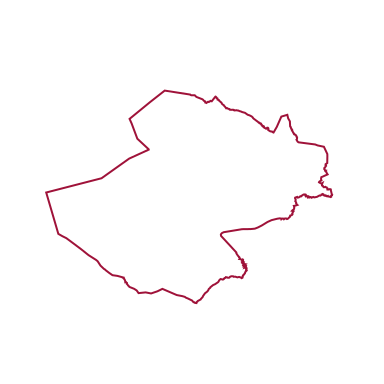 Nord-Odal nor, Hedmark, Norway (Robinson projection), rotated 337°
{"feature_id": "86288312B23847912636129", "entity_name": "Nord-Odal nor", "entity_type": "district", "adm_level": 2, "iso_a3": "NOR", "parent_name": "Norway", "parent_adm1": "Hedmark", "projection": "robinson", "projection_center": [11.686, 60.44], "detail": "fine", "context": "isolated", "style": "outline", "palette": "rose", "viewbox_px": 384, "rotation_deg": 337, "n_neighbors": 0, "source": "geoboundaries", "source_scale": "gbopen_adm2", "svg_char_len": 6036}
<svg xmlns="http://www.w3.org/2000/svg" viewBox="0 0 384 384"><g transform="rotate(337 192 192)"><path d="M317.7,250.9L318.1,250.8L318.0,250.5L318.3,250.5L318.5,249.9L319.2,249.5L319.6,249.6L319.7,249.3L319.9,249.2L319.8,248.9L320.0,247.7L320.0,247.1L320.2,246.6L320.4,244.8L320.7,244.4L320.5,243.9L320.6,243.6L319.7,243.1L318.3,243.0L317.6,242.6L318.1,241.6L317.8,241.1L317.8,240.6L317.4,240.4L316.9,239.4L315.3,239.2L314.8,238.2L314.9,237.9L314.7,237.2L314.2,236.8L314.6,235.7L315.6,234.7L314.7,234.8L313.9,234.3L312.7,232.7L313.1,232.3L313.7,232.1L315.7,231.9L315.8,230.5L316.8,228.9L323.7,228.8L323.4,227.0L323.5,226.1L323.0,225.2L322.9,224.8L323.5,224.5L322.9,224.1L322.9,222.8L322.7,222.4L323.4,221.8L323.4,221.5L324.4,221.1L325.3,220.5L325.3,220.1L325.7,220.1L325.8,219.5L325.5,219.5L325.5,219.3L325.7,219.2L325.9,218.6L327.8,218.2L330.6,211.9L331.4,209.9L331.1,201.9L325.8,198.2L324.0,196.4L310.0,188.2L309.5,187.9L308.9,186.9L308.6,184.7L309.2,184.4L309.7,183.6L309.8,182.8L310.1,182.6L309.8,181.7L310.0,181.4L309.7,179.9L309.2,179.4L308.8,179.2L308.6,178.8L308.9,178.6L308.9,178.4L308.4,177.4L308.5,177.1L308.3,176.5L308.3,174.9L308.0,174.5L308.5,174.0L308.4,173.2L308.0,172.6L308.2,172.2L308.1,171.6L308.3,170.9L308.1,170.7L308.0,169.9L309.7,165.2L309.3,161.7L309.9,158.2L303.7,157.5L295.5,165.2L290.3,169.1L290.1,168.9L290.3,168.8L289.7,168.5L289.3,167.6L287.8,166.8L286.4,164.8L286.7,164.3L286.6,164.0L286.6,163.6L286.8,163.5L286.7,163.3L287.1,163.0L287.0,162.6L286.4,162.2L285.8,162.4L285.6,162.7L285.6,162.9L285.2,162.8L284.7,162.5L284.6,162.1L283.7,161.2L283.1,159.9L283.8,159.8L283.8,159.6L282.9,158.6L282.5,158.4L282.6,157.9L282.5,157.5L282.2,157.3L282.3,156.9L281.9,156.3L282.2,156.0L282.1,155.7L281.1,155.1L281.1,154.5L280.5,154.2L280.5,153.9L277.6,148.9L277.1,147.9L277.1,147.2L276.4,145.7L274.9,143.9L273.4,142.6L271.7,139.8L269.4,138.0L268.4,136.9L267.2,136.0L266.6,135.2L265.3,134.5L265.1,134.2L262.9,133.5L262.4,133.0L262.5,132.7L261.9,132.3L259.8,131.5L258.8,130.9L258.7,130.6L259.0,130.5L258.8,130.2L258.2,129.8L257.0,128.7L256.6,128.5L256.8,128.3L256.0,127.7L255.7,126.3L255.3,125.5L255.2,124.5L254.4,123.4L254.0,122.3L254.1,121.8L253.9,120.9L253.5,120.5L253.4,120.0L252.6,118.4L252.7,118.0L251.7,117.0L251.9,116.7L252.0,115.9L251.5,115.5L251.6,115.2L251.3,114.8L251.4,114.3L251.0,113.4L250.7,113.4L245.6,116.2L244.6,115.3L243.9,115.6L243.3,115.7L243.0,115.5L242.5,115.7L241.8,115.2L240.0,115.7L239.8,115.5L239.7,115.0L239.2,114.7L239.5,114.2L239.5,113.7L238.5,112.6L238.3,111.6L237.8,110.7L233.2,106.2L232.3,104.0L229.2,102.7L228.5,102.0L228.4,101.6L206.5,88.0L188.4,92.9L163.1,100.3L163.2,105.4L162.5,121.6L168.8,135.7L168.7,136.1L147.2,136.7L114.1,144.0L57.6,135.5L52.6,178.3L55.4,182.0L58.3,185.4L67.5,201.2L72.1,209.7L77.2,217.1L78.1,218.9L79.0,224.0L80.9,228.4L81.5,229.1L82.0,230.3L84.2,234.2L86.3,237.5L90.6,240.1L95.4,243.9L95.0,244.1L95.3,244.5L95.3,244.9L95.7,245.4L95.6,246.2L95.9,247.1L95.3,249.1L96.1,249.3L96.1,249.5L96.6,250.3L96.4,250.8L96.1,251.1L96.5,252.1L96.6,253.1L96.9,253.5L97.3,254.9L100.9,258.5L102.6,261.0L103.3,264.2L110.1,266.3L114.7,269.4L121.4,269.9L126.9,269.6L137.7,280.9L142.3,284.0L144.4,285.7L145.1,286.9L146.6,288.4L149.7,292.0L150.3,294.0L150.9,294.5L151.2,294.5L151.5,295.0L151.5,295.3L152.7,296.0L153.5,295.1L154.2,295.0L154.6,294.6L158.0,294.3L158.4,293.9L160.7,292.9L161.5,292.1L164.4,290.3L166.8,289.7L168.3,289.0L169.6,287.8L171.3,287.3L171.6,286.9L175.1,285.9L177.1,285.9L180.7,285.2L181.5,284.8L182.4,284.0L183.8,283.4L184.4,283.3L186.2,284.7L187.2,284.6L187.4,284.2L188.0,284.2L188.6,283.9L189.3,284.1L189.9,283.6L191.2,284.5L191.4,284.9L192.6,285.4L193.2,285.3L193.8,284.9L195.2,284.9L196.9,285.6L197.2,286.3L198.7,286.8L200.4,288.3L202.2,288.6L202.8,289.2L203.4,289.6L204.0,290.7L205.0,290.6L205.3,290.2L205.2,289.9L205.4,289.7L206.7,288.8L206.6,288.6L207.9,288.1L208.5,287.6L208.9,287.6L209.6,286.6L211.5,285.7L211.1,285.1L211.3,284.8L212.3,284.2L212.3,283.5L212.0,283.3L212.5,282.8L212.4,282.6L212.1,282.7L212.0,282.3L212.1,282.1L211.9,282.1L212.1,281.9L211.9,281.8L211.8,281.4L211.4,281.5L211.6,281.3L211.4,281.2L211.8,281.0L211.5,280.9L211.8,280.8L211.4,280.8L211.6,280.7L211.4,280.5L211.8,280.5L211.6,280.3L212.0,279.9L211.7,279.6L212.2,279.5L211.5,279.2L212.0,279.0L211.9,278.6L211.2,278.8L211.4,278.4L211.6,278.4L211.3,278.2L211.4,277.9L210.8,277.9L210.7,277.7L211.6,277.2L211.1,276.8L211.7,276.6L211.3,276.3L211.6,276.2L211.9,276.4L212.0,276.3L211.8,275.9L212.1,275.6L212.1,275.3L211.3,275.3L211.2,275.2L212.4,274.6L212.5,274.4L212.2,274.1L212.2,273.8L211.4,273.8L210.7,273.3L210.4,272.7L209.6,272.3L210.1,272.0L210.2,271.8L210.0,271.3L210.1,270.7L209.8,270.4L209.9,270.0L209.3,268.4L209.2,267.5L209.0,266.8L208.9,265.5L209.2,265.0L201.6,243.8L201.9,242.5L202.6,241.9L203.6,241.5L205.5,241.4L223.6,245.8L231.4,249.0L235.5,250.3L238.7,250.4L243.1,250.1L249.8,249.1L254.3,249.0L260.0,249.9L262.4,250.5L263.7,251.3L263.6,252.0L264.7,251.7L265.9,252.3L266.0,253.0L267.2,252.7L268.4,253.2L268.8,254.0L269.6,254.1L272.6,253.0L273.0,252.2L273.3,252.0L274.7,252.3L275.7,251.9L275.8,251.0L276.3,250.8L276.8,250.1L277.6,249.6L277.2,249.4L277.3,248.8L276.7,248.4L277.3,248.1L278.5,247.9L279.4,247.4L280.1,246.2L280.1,245.7L280.4,245.1L280.4,244.6L281.5,244.9L283.9,245.1L283.5,244.3L283.6,243.6L283.4,243.0L283.8,242.3L283.5,240.8L283.9,240.5L284.5,239.4L284.4,238.1L284.7,237.5L286.9,237.6L287.0,238.4L288.1,238.7L289.7,238.5L290.1,238.2L291.0,238.7L291.8,238.2L293.7,237.9L294.2,238.2L295.0,238.3L295.7,238.9L295.7,239.1L295.0,239.5L295.0,240.0L295.3,240.0L295.3,240.7L296.3,240.7L296.4,241.2L296.6,241.5L297.1,241.5L296.8,242.1L297.8,242.0L298.0,242.3L297.8,242.5L297.8,242.9L298.7,242.8L299.3,243.0L299.4,243.5L299.8,244.0L300.8,243.8L301.2,244.1L301.8,244.0L302.6,244.8L305.2,245.3L308.0,245.0L308.8,245.5L310.2,245.2L310.4,244.9L311.0,245.1L311.5,244.9L311.8,245.2L311.7,245.8L312.1,245.9L312.1,246.6L313.5,247.2L313.3,247.7L314.1,248.0L314.3,248.5L315.5,248.7L315.4,249.2L316.7,250.0L317.7,250.9Z" fill="none" stroke="#9f1239" stroke-width="2"/></g></svg>